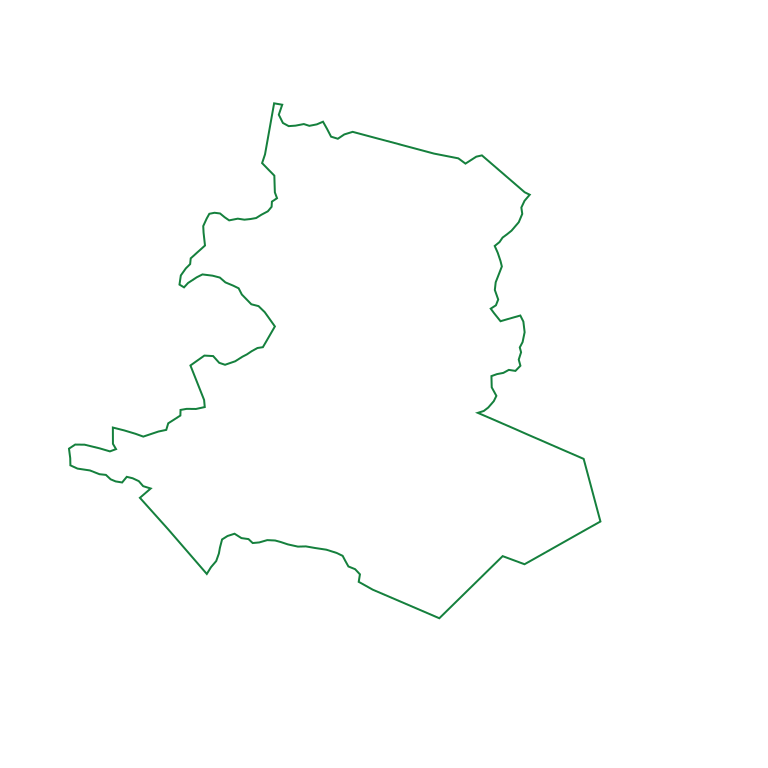 Farias Brito, Ceará, Brazil, rotated 26°
{"feature_id": "56859067B39946839588909", "entity_name": "Farias Brito", "entity_type": "district", "adm_level": 2, "iso_a3": "BRA", "parent_name": "Brazil", "parent_adm1": "Ceará", "projection": "mercator", "projection_center": [-39.584, -6.906], "detail": "fine", "context": "isolated", "style": "outline", "palette": "green", "viewbox_px": 768, "rotation_deg": 26, "n_neighbors": 0, "source": "geoboundaries", "source_scale": "gbopen_adm2", "svg_char_len": 2505}
<svg xmlns="http://www.w3.org/2000/svg" viewBox="0 0 768 768"><g transform="rotate(26 384 384)"><path d="M129.2,580.2L134.5,588.2L137.8,594.6L145.6,594.4L157.6,590.6L167.8,589.8L173.9,587.6L180.1,589.5L185.5,589.2L191.8,587.3L193.5,580.2L199.4,578.9L206.2,578.8L212.3,581.4L220.1,580.2L214.5,593.3L253.9,609.3L308.0,632.4L308.8,624.5L310.8,616.7L309.9,608.7L308.3,603.1L306.6,594.7L310.0,589.2L315.3,584.1L323.4,585.0L330.2,582.8L335.7,584.5L341.3,581.1L347.5,575.5L354.7,572.4L360.4,571.3L367.9,570.3L377.9,567.9L385.0,564.2L394.0,561.6L404.8,558.2L415.5,556.6L422.2,556.6L426.7,559.9L432.0,563.6L439.2,563.1L445.8,565.6L448.0,572.9L464.1,573.8L536.4,570.3L566.1,486.7L589.3,484.4L595.2,475.9L631.3,423.5L638.8,412.7L613.6,383.7L596.3,363.8L534.5,366.5L520.9,367.0L481.0,368.8L485.5,364.5L488.0,359.5L490.2,351.3L490.2,345.4L482.3,339.8L477.1,329.8L481.2,325.6L486.4,321.7L490.0,316.6L496.4,314.6L498.6,307.8L494.4,303.0L493.3,295.4L490.0,291.6L490.2,285.6L487.7,275.8L481.9,266.8L476.5,262.7L466.9,271.3L461.2,276.5L451.9,272.1L446.9,269.5L450.1,264.2L449.6,258.0L442.4,250.9L439.8,243.6L439.0,233.8L438.4,226.7L434.8,222.4L428.7,216.2L423.0,211.4L425.6,205.8L426.4,200.4L429.0,195.4L431.4,190.3L434.2,179.5L433.7,170.5L430.1,165.2L430.0,157.7L432.0,150.0L426.4,150.0L371.8,135.6L367.3,139.2L360.6,150.2L351.9,148.6L327.9,155.0L245.3,171.1L238.9,177.1L235.0,183.8L228.0,184.9L221.0,179.7L214.2,175.0L209.8,180.1L203.7,184.7L198.0,185.5L191.2,190.6L185.3,194.0L178.7,193.7L171.4,188.1L170.1,177.6L162.2,179.9L176.4,229.8L177.6,238.9L186.5,242.1L194.1,244.8L198.2,252.6L201.9,259.6L206.4,263.9L203.3,269.2L205.3,274.0L203.9,279.7L199.6,285.6L196.3,290.9L191.6,294.3L186.5,297.5L180.1,299.5L173.1,304.8L167.8,304.0L161.9,302.6L156.6,304.4L152.4,307.6L152.1,313.0L152.3,321.3L155.5,327.1L162.4,338.0L158.5,347.6L155.2,355.8L157.2,361.2L155.2,367.0L153.8,375.5L156.6,384.3L161.9,384.8L163.6,379.1L168.9,370.2L172.8,365.1L182.4,361.8L189.8,360.3L196.9,362.2L205.3,361.7L211.4,361.7L217.0,365.9L229.8,370.5L237.1,369.0L245.3,371.7L252.3,375.5L260.7,380.1L259.5,397.3L259.0,404.0L254.5,407.1L250.7,412.5L247.8,417.5L244.8,421.5L240.3,428.8L232.7,436.4L226.6,437.2L218.2,433.8L210.1,437.2L205.6,445.4L201.9,452.2L229.3,477.2L233.0,483.3L225.9,488.9L217.6,492.8L212.5,496.5L214.8,501.6L207.3,513.9L208.4,520.7L202.1,525.6L190.7,536.8L182.4,537.7L170.8,539.6L159.4,542.0L166.6,556.6L171.7,560.0L167.2,564.7L156.6,566.5L141.5,569.8L133.0,573.8L129.2,580.2Z" fill="none" stroke="#15803d" stroke-width="2"/></g></svg>